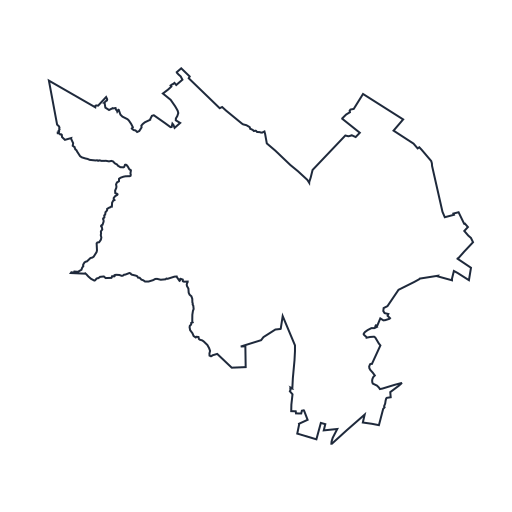 Epazoyucan, Hidalgo, Mexico, rotated 273°
{"feature_id": "50627088B39262816099819", "entity_name": "Epazoyucan", "entity_type": "district", "adm_level": 2, "iso_a3": "MEX", "parent_name": "Mexico", "parent_adm1": "Hidalgo", "projection": "albers", "projection_center": [-98.645, 20.038], "detail": "fine", "context": "isolated", "style": "outline", "palette": "slate", "viewbox_px": 512, "rotation_deg": 273, "n_neighbors": 0, "source": "geoboundaries", "source_scale": "gbopen_adm2", "svg_char_len": 6039}
<svg xmlns="http://www.w3.org/2000/svg" viewBox="0 0 512 512"><g transform="rotate(273 256 256)"><path d="M400.1,395.8L423.4,354.4L408.0,345.9L407.2,342.7L406.0,341.9L404.5,342.3L402.0,338.6L397.9,334.9L397.6,334.9L384.5,353.2L380.0,349.3L381.6,345.3L381.5,345.0L381.3,345.0L380.4,342.0L381.0,338.9L344.9,308.0L337.2,306.5L332.7,305.3L331.9,305.3L334.7,303.3L342.9,293.4L348.7,285.5L362.2,269.8L369.0,260.9L378.4,258.7L380.8,257.9L379.5,255.6L379.6,254.1L379.9,253.3L379.9,250.6L381.0,249.4L381.1,248.9L380.7,247.3L381.7,246.2L382.6,244.1L382.6,243.7L384.4,242.9L386.1,239.6L386.8,236.2L387.5,235.0L399.7,218.4L403.0,214.4L401.7,212.0L430.0,179.5L431.8,180.4L439.5,171.5L435.4,167.2L434.9,167.4L433.3,169.0L431.4,171.4L428.2,173.3L422.6,167.4L424.6,165.5L423.3,164.1L423.2,163.6L421.8,161.8L420.8,162.6L417.6,159.5L413.4,154.5L407.5,162.6L401.3,167.4L398.7,169.1L396.9,170.2L394.7,170.9L391.7,170.1L389.2,168.8L387.3,168.8L384.9,173.3L379.7,168.0L382.6,166.7L383.8,165.6L380.4,165.0L380.2,163.9L384.0,158.1L391.2,146.6L390.5,144.7L387.1,143.2L386.5,143.2L383.7,138.0L381.9,136.0L380.2,134.7L378.4,135.0L374.7,132.9L373.6,130.8L375.1,129.1L375.3,127.4L376.3,125.8L376.9,125.3L378.1,126.3L381.4,124.4L384.7,121.9L385.9,120.5L388.2,115.3L390.1,113.2L394.7,111.3L394.8,111.0L392.9,109.9L394.2,109.4L394.8,108.5L396.4,108.0L395.8,105.0L396.0,104.9L394.1,101.6L396.3,97.8L400.9,96.8L401.0,96.3L403.2,98.4L403.5,99.0L404.7,99.2L406.9,98.0L397.9,90.5L398.0,88.5L397.6,87.8L396.1,87.7L420.3,40.0L376.8,50.5L375.3,52.3L374.1,53.0L373.2,52.8L372.1,53.2L370.9,52.4L370.3,52.9L369.8,52.8L369.1,51.5L368.2,51.6L368.1,53.1L367.1,54.2L367.3,55.2L366.9,55.7L364.6,56.1L362.0,59.1L364.1,65.3L363.4,65.2L359.1,67.5L356.5,67.2L355.2,69.2L354.7,69.2L353.8,69.8L353.1,69.9L352.1,71.3L351.2,71.7L346.5,75.1L345.4,76.9L344.5,80.4L344.1,82.8L343.3,84.9L343.0,90.9L343.3,92.3L342.8,93.3L343.0,94.1L343.3,94.3L343.3,95.1L342.9,96.5L343.2,101.3L342.8,104.2L343.4,106.7L342.9,108.4L341.2,110.1L340.0,112.6L339.0,113.3L337.6,115.9L337.6,119.0L338.0,119.6L338.3,119.8L340.2,120.4L340.4,121.2L340.0,122.1L339.6,122.3L338.8,123.2L336.2,124.8L335.6,125.4L335.5,126.2L334.9,126.6L332.0,126.3L330.5,126.7L329.5,126.5L329.1,125.7L328.8,121.7L328.3,119.6L327.2,116.9L326.0,115.2L323.4,115.2L322.2,113.3L320.2,112.5L318.0,113.0L316.7,112.9L314.0,111.9L311.9,112.1L311.4,112.2L310.9,113.9L310.4,114.5L309.8,114.3L308.3,112.1L306.5,110.9L305.2,110.9L304.5,111.7L303.6,110.4L301.7,109.5L298.2,109.5L297.7,109.4L297.8,108.8L296.8,107.6L296.8,107.2L295.3,104.9L293.9,104.9L292.9,104.3L291.9,103.4L289.4,103.2L289.0,102.6L288.4,102.3L286.8,102.6L286.3,102.4L285.8,101.6L285.0,101.3L283.8,101.9L282.3,102.0L279.1,101.1L278.7,100.2L277.9,99.7L277.4,99.8L277.0,100.5L274.4,101.1L273.0,100.1L272.1,99.8L270.6,100.1L268.7,99.9L266.3,100.6L264.5,100.3L263.7,100.0L261.5,98.6L261.2,96.9L260.3,96.2L253.3,96.9L251.6,96.6L246.8,93.9L245.9,92.7L245.3,90.8L241.8,87.5L241.3,86.0L240.5,85.0L238.4,83.9L237.7,83.8L236.9,84.1L235.2,83.0L233.1,82.4L230.9,79.0L231.0,75.4L230.4,75.2L229.9,74.3L230.1,72.5L229.3,72.0L229.4,85.7L229.8,86.3L228.7,87.7L226.8,89.6L224.6,92.4L223.0,95.8L223.3,96.6L225.0,97.9L225.5,98.7L225.5,99.4L226.3,100.6L227.0,101.3L227.6,105.1L226.1,107.0L226.6,112.7L226.9,113.0L228.3,113.4L228.2,115.5L228.4,115.8L229.3,115.6L229.6,116.0L229.9,117.2L229.9,120.5L229.2,122.8L229.3,123.7L229.7,124.5L230.4,125.2L230.6,126.5L232.4,130.5L232.0,131.7L231.4,132.1L230.9,132.8L230.1,137.0L229.6,138.4L228.2,139.4L228.2,140.9L226.4,142.8L225.8,144.8L224.7,146.5L224.9,150.1L226.5,154.5L227.8,156.6L228.0,158.4L227.3,162.1L228.0,166.9L228.8,167.7L228.6,168.9L231.1,175.6L231.4,177.9L230.6,178.2L227.2,180.9L227.5,181.3L227.9,181.1L228.9,181.3L229.3,181.8L228.6,184.1L227.0,184.3L226.7,184.9L226.6,185.8L226.9,189.1L226.3,189.1L225.3,188.6L223.7,188.3L222.3,188.7L219.9,190.2L215.8,190.7L213.9,191.7L212.4,193.6L209.9,194.6L206.3,194.9L205.5,195.3L204.2,195.3L203.0,196.0L199.8,196.5L197.9,195.9L194.0,195.5L188.9,195.7L187.1,195.8L186.4,196.2L185.8,194.8L184.1,194.8L182.9,193.6L181.4,193.4L178.5,194.1L175.5,196.6L172.8,197.9L171.5,200.1L172.2,200.7L172.1,202.8L170.2,203.3L169.5,204.2L168.9,206.7L167.9,208.3L164.6,212.1L161.5,214.0L158.8,215.1L156.3,214.6L154.1,214.8L153.5,216.3L153.9,217.1L154.5,217.6L156.2,222.4L143.2,237.6L144.5,251.5L165.3,250.1L164.8,245.5L172.2,265.5L175.4,267.7L183.6,279.2L184.4,284.2L184.6,284.5L197.4,285.8L168.8,299.6L163.0,299.9L153.8,299.9L136.0,299.2L125.8,299.2L126.1,298.4L125.5,298.9L125.6,297.2L123.9,297.4L122.7,296.9L119.8,299.7L109.4,299.1L102.9,299.3L103.0,303.8L100.9,304.2L101.1,309.4L103.9,309.9L104.4,311.7L104.3,312.0L95.1,316.1L90.7,307.7L90.1,307.9L80.8,306.5L76.1,325.9L92.7,329.5L91.7,334.0L85.4,332.8L87.5,346.2L78.4,342.1L74.8,341.2L72.5,341.1L72.5,341.6L86.9,355.9L103.3,372.8L95.3,371.4L94.5,380.5L93.5,387.6L110.0,391.0L111.6,392.3L112.7,391.8L115.3,392.7L118.4,393.0L120.6,393.5L121.2,394.1L122.0,397.9L127.1,397.2L134.0,405.5L136.9,408.4L134.6,401.2L130.2,389.1L129.6,386.7L131.1,385.6L132.9,383.6L134.7,379.3L136.1,378.7L137.9,378.5L139.3,378.7L141.2,379.4L142.9,380.9L145.5,378.8L148.1,376.2L149.8,375.1L151.6,374.8L153.9,375.6L154.3,376.4L154.3,377.4L173.2,384.9L175.1,383.2L180.8,379.4L181.6,378.1L181.1,374.1L180.2,370.7L180.8,370.6L182.9,368.0L183.5,367.6L184.2,367.7L185.8,368.8L187.9,371.4L190.0,375.0L190.2,378.1L191.0,379.5L191.2,378.7L192.7,379.1L193.1,379.4L192.6,380.7L200.2,383.4L198.4,386.6L198.7,388.4L200.3,392.6L200.9,393.1L203.2,390.5L205.0,391.2L205.7,387.4L207.7,386.0L210.7,386.2L212.8,389.9L229.7,400.1L238.3,415.3L241.4,420.3L242.0,420.7L245.8,438.7L245.2,438.4L242.0,453.0L243.6,452.9L251.4,454.4L249.6,458.2L243.0,469.9L255.5,471.3L264.3,456.6L263.9,457.8L271.3,463.7L281.1,472.0L285.3,469.7L287.5,466.9L291.9,462.7L296.0,466.1L299.3,462.9L299.0,462.3L299.2,462.1L310.3,456.0L308.7,450.9L307.5,451.5L304.6,442.5L309.9,439.9L350.6,428.4L355.2,427.1L357.7,426.8L360.0,426.0L370.7,415.9L373.1,413.4L371.9,411.8L376.5,407.4L388.4,386.8L400.1,395.8Z" fill="none" stroke="#1e293b" stroke-width="2"/></g></svg>